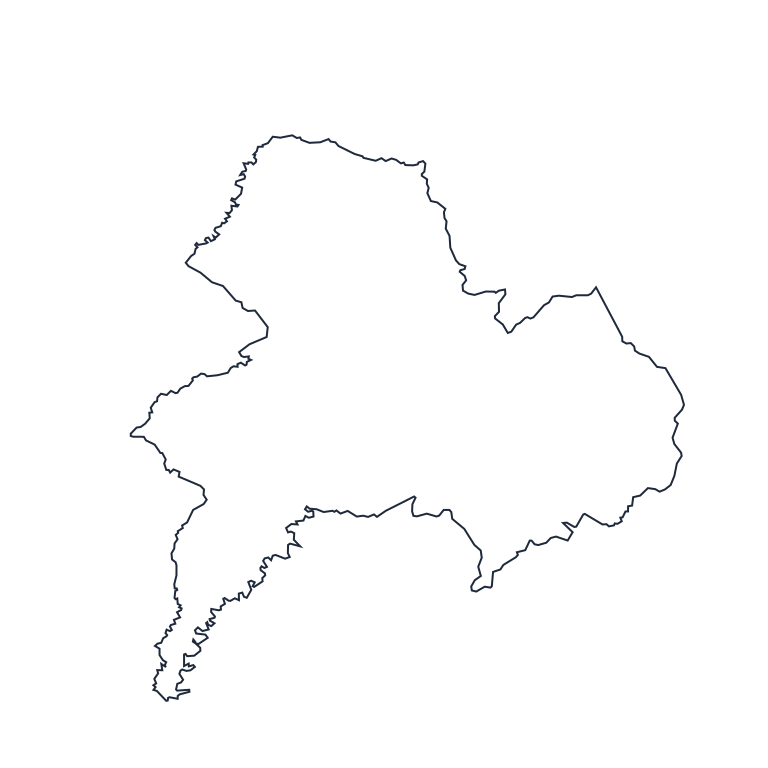 Unaí, Minas Gerais, Brazil, rotated 78°
{"feature_id": "56859067B95951765675764", "entity_name": "Unaí", "entity_type": "district", "adm_level": 2, "iso_a3": "BRA", "parent_name": "Brazil", "parent_adm1": "Minas Gerais", "projection": "robinson", "projection_center": [-46.723, -16.386], "detail": "fine", "context": "isolated", "style": "outline", "palette": "slate", "viewbox_px": 768, "rotation_deg": 78, "n_neighbors": 0, "source": "geoboundaries", "source_scale": "gbopen_adm2", "svg_char_len": 6163}
<svg xmlns="http://www.w3.org/2000/svg" viewBox="0 0 768 768"><g transform="rotate(78 384 384)"><path d="M542.4,124.6L534.3,119.1L522.7,114.1L516.3,107.8L512.9,107.7L503.0,112.5L496.5,112.9L483.8,104.8L480.4,107.2L477.5,106.7L471.0,97.8L466.8,94.9L456.4,95.6L427.0,105.4L424.0,113.4L412.5,119.2L407.3,127.9L403.5,131.6L399.3,131.5L395.3,134.1L394.8,138.5L391.8,142.0L387.3,141.2L333.5,156.5L338.7,162.6L339.6,166.2L337.2,177.5L338.0,182.1L334.0,194.5L333.5,200.9L338.5,205.7L340.2,211.1L349.9,224.0L350.4,227.2L348.5,229.8L348.7,232.1L352.5,238.2L353.4,242.4L359.3,248.6L359.8,252.3L350.5,255.4L343.0,261.7L340.7,261.5L337.3,256.5L328.8,254.9L321.5,246.6L316.7,246.0L316.6,252.2L318.1,255.7L316.7,256.6L314.7,265.2L315.7,276.9L313.1,282.8L309.1,287.3L303.4,286.6L299.7,282.1L295.1,282.6L290.0,286.6L288.6,285.7L288.3,281.2L285.8,279.9L282.4,285.4L278.1,287.9L264.5,290.8L252.8,289.1L244.9,291.3L237.9,289.0L234.2,290.3L228.6,289.7L225.4,287.6L217.5,294.1L214.8,300.1L206.3,301.9L201.5,299.5L197.0,300.5L192.8,299.3L188.2,303.7L186.5,303.4L184.7,300.4L177.1,297.7L174.1,299.4L174.5,304.2L176.2,305.4L176.2,309.9L174.3,317.6L171.5,318.6L171.7,321.6L167.3,325.5L165.0,329.7L166.3,336.0L162.6,339.5L163.9,345.7L158.5,357.1L156.8,357.7L152.9,364.9L141.8,379.0L137.5,381.3L135.7,385.9L132.9,387.3L134.3,396.1L132.6,406.8L128.0,414.1L125.4,414.8L125.2,418.2L121.7,422.0L121.5,434.2L119.0,441.4L124.3,447.5L125.1,453.1L126.6,453.3L125.8,458.0L129.8,460.0L132.4,463.9L133.2,462.3L135.4,463.9L138.1,462.3L140.3,463.2L142.0,466.2L139.8,467.5L139.1,470.6L140.4,471.2L138.9,475.4L145.6,474.2L146.9,475.0L146.9,478.5L149.7,481.2L149.6,477.6L152.2,476.7L154.2,477.8L155.1,486.4L158.1,487.8L162.4,481.9L168.2,484.3L172.7,491.2L170.8,494.1L172.4,495.3L175.3,492.0L177.6,491.5L178.6,489.1L179.9,490.5L177.9,496.2L182.4,496.6L184.7,499.5L183.8,502.5L188.3,500.0L189.3,505.1L192.2,503.8L193.6,507.0L192.6,508.8L195.7,510.8L196.2,516.3L198.1,517.9L199.9,517.3L203.4,514.1L205.8,518.2L203.9,520.0L207.3,519.4L208.3,523.6L204.3,525.2L204.2,527.7L206.0,529.3L209.0,527.1L209.5,528.8L209.3,536.7L207.2,538.0L208.7,539.8L211.5,538.0L212.7,540.2L217.2,542.3L218.7,546.1L224.2,552.7L228.1,550.7L237.0,540.3L248.7,531.1L254.7,521.1L271.6,511.7L274.4,506.5L280.2,506.5L284.3,501.9L285.3,494.9L304.2,485.9L313.6,489.0L317.2,507.4L322.7,519.1L326.9,517.7L328.5,515.4L328.9,510.5L331.1,511.4L332.8,509.1L333.9,513.6L336.5,514.4L337.0,516.0L333.4,519.6L334.1,523.2L336.7,523.6L335.4,527.6L336.5,530.6L340.5,534.4L340.8,545.0L339.7,555.5L337.0,557.5L335.8,560.8L337.9,565.1L337.8,568.9L338.8,570.5L340.7,570.2L345.2,575.6L344.7,579.4L346.2,584.2L349.6,587.8L349.6,589.8L346.4,593.8L349.6,598.8L347.2,604.1L349.9,608.3L353.7,609.6L354.1,612.2L358.7,617.1L363.6,616.6L363.3,619.5L368.9,620.3L373.2,625.9L375.4,630.9L375.2,635.1L379.9,642.0L382.2,642.5L383.4,640.3L385.7,629.9L389.7,628.5L395.6,620.9L404.9,617.1L405.5,615.2L412.5,613.2L416.1,615.5L422.8,614.8L423.3,612.4L426.2,611.6L423.8,607.6L427.5,602.3L431.9,604.1L445.5,584.7L449.7,582.0L455.0,583.6L460.3,581.5L463.9,585.3L467.5,596.9L478.5,605.4L480.4,610.9L483.1,610.8L485.1,616.3L486.8,616.3L488.3,619.1L492.9,618.2L496.4,622.0L501.4,623.4L505.5,627.1L511.6,627.8L515.0,624.9L518.3,624.7L528.1,626.8L536.3,630.8L540.5,631.2L540.9,629.2L542.5,629.1L543.1,631.2L549.7,633.4L551.2,632.5L550.8,630.8L556.3,631.5L558.2,629.0L559.8,630.9L561.4,628.6L562.9,629.4L564.2,633.9L569.9,632.0L571.0,638.5L575.1,638.0L575.4,642.5L576.7,643.8L580.5,642.7L581.2,644.7L579.1,647.7L582.2,649.5L584.6,648.3L585.6,649.3L586.7,652.8L590.8,655.7L590.9,659.5L592.6,662.5L596.2,658.6L602.5,659.9L608.2,657.7L610.8,654.9L613.5,656.9L615.5,656.2L611.5,660.0L617.9,660.4L616.7,665.3L620.1,665.1L624.7,670.0L629.5,669.1L630.7,672.2L633.0,670.5L635.3,673.1L637.0,670.0L648.6,662.9L648.7,661.4L646.2,660.5L645.8,658.9L649.0,651.3L646.2,650.6L645.1,648.5L644.6,638.3L642.6,638.1L640.9,650.1L639.5,650.9L634.3,648.5L633.7,644.5L631.5,642.0L625.0,644.4L622.1,642.7L621.3,640.8L623.6,636.8L623.8,632.8L621.4,627.8L619.3,629.0L619.6,633.6L616.9,633.2L618.3,638.2L607.0,635.8L606.7,634.3L609.3,633.1L610.3,626.1L606.8,619.1L603.8,618.6L598.9,622.0L599.7,619.4L595.6,609.2L592.0,610.8L589.0,619.6L585.6,620.1L583.4,616.6L587.9,612.9L587.6,606.5L580.9,607.7L580.2,606.4L582.9,606.1L584.9,603.3L582.8,599.6L579.2,603.5L577.7,603.5L577.4,598.4L576.3,597.7L571.1,600.5L568.1,599.7L571.0,592.7L570.8,590.4L567.6,590.0L566.0,585.3L560.7,585.9L560.2,584.4L563.6,581.1L564.2,579.3L562.6,574.5L565.3,570.8L558.8,569.6L558.6,566.0L563.0,565.2L564.6,562.7L557.7,556.6L549.5,557.9L548.8,554.9L551.1,551.7L554.5,554.5L555.5,553.2L551.8,543.8L548.5,543.4L546.5,540.0L544.6,539.8L540.5,543.3L538.3,543.2L536.9,541.7L539.1,539.2L538.5,536.5L531.9,539.0L529.8,537.0L529.6,533.3L532.9,531.1L528.8,528.5L528.7,525.6L534.3,517.0L533.6,512.2L529.4,513.2L521.5,511.3L520.6,509.1L525.4,499.7L517.6,504.6L511.3,502.8L509.0,505.7L509.2,508.7L504.5,509.7L501.7,503.7L503.4,497.8L500.1,498.7L500.8,491.2L496.7,488.3L499.2,485.4L499.0,480.5L494.1,479.7L493.0,480.8L493.2,484.8L490.1,487.3L487.7,485.0L490.5,482.7L492.5,476.0L496.7,469.6L497.3,460.8L498.7,459.1L497.8,456.8L501.7,453.5L500.6,445.9L508.0,438.2L508.5,431.8L510.7,427.2L509.5,420.9L512.5,418.5L508.4,408.6L500.3,377.9L501.8,376.8L507.5,381.2L514.4,383.0L519.1,382.6L520.3,379.3L519.7,369.1L524.5,360.2L524.2,357.4L519.6,351.8L520.8,346.2L523.3,344.8L530.1,345.3L542.4,335.6L560.1,329.1L567.0,324.0L574.2,324.5L582.3,329.8L591.9,329.2L594.8,336.0L600.2,340.8L604.2,341.0L606.2,336.9L603.2,327.6L605.3,322.2L604.3,320.6L590.5,316.4L589.6,308.7L585.8,304.9L580.8,290.9L579.0,288.6L576.2,289.0L575.9,280.4L567.5,274.0L567.9,272.2L572.1,270.0L573.6,266.6L573.0,258.3L569.3,252.9L569.0,247.5L575.3,236.9L568.2,230.3L557.2,237.7L557.6,234.0L563.4,227.6L563.5,225.6L553.1,216.3L552.8,214.6L566.8,199.5L567.4,195.5L570.0,193.6L570.1,188.4L568.4,187.3L569.3,184.7L567.7,180.0L563.9,180.6L564.0,178.3L558.9,174.3L559.4,171.8L554.4,170.7L554.5,166.6L546.5,163.8L546.4,156.6L540.7,147.5L543.2,140.6L546.6,136.8L545.6,131.2L542.4,124.6ZM598.9,622.0L596.2,624.5L594.3,623.6L597.3,622.1L598.9,622.0Z" fill="none" stroke="#1e293b" stroke-width="2"/></g></svg>